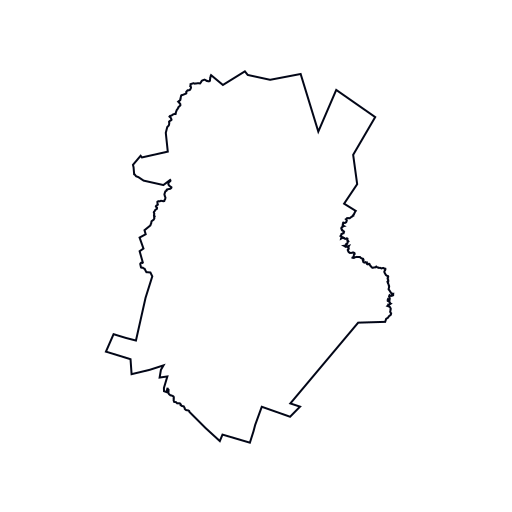 Otáez, Durango, Mexico (Mercator projection), rotated 110°
{"feature_id": "50627088B56377483842725", "entity_name": "Otáez", "entity_type": "district", "adm_level": 2, "iso_a3": "MEX", "parent_name": "Mexico", "parent_adm1": "Durango", "projection": "mercator", "projection_center": [-105.979, 24.71], "detail": "fine", "context": "isolated", "style": "outline", "palette": "ink", "viewbox_px": 512, "rotation_deg": 110, "n_neighbors": 0, "source": "geoboundaries", "source_scale": "gbopen_adm2", "svg_char_len": 6124}
<svg xmlns="http://www.w3.org/2000/svg" viewBox="0 0 512 512"><g transform="rotate(110 256 256)"><path d="M116.9,376.3L117.8,376.0L118.6,375.9L118.5,375.6L120.1,374.6L122.3,374.8L123.1,375.6L123.4,375.9L123.5,376.7L123.8,377.0L125.6,377.7L126.1,377.5L126.5,377.2L126.8,377.1L127.2,377.2L130.1,380.4L130.3,381.0L130.7,381.2L134.3,380.8L134.3,380.6L135.6,380.5L136.7,381.4L137.6,381.9L138.2,380.4L138.7,380.1L138.9,379.4L139.1,379.1L140.2,378.6L140.8,378.8L142.6,379.8L143.4,379.7L143.7,379.9L144.9,380.0L145.8,380.4L148.9,380.4L149.7,380.1L150.1,380.1L150.5,381.3L151.5,382.5L152.4,383.0L153.7,384.4L153.8,384.7L154.6,385.0L154.8,384.7L154.8,384.3L155.2,383.5L156.6,382.1L157.1,382.0L158.0,382.6L158.7,383.3L159.4,383.6L159.8,383.6L160.5,383.0L162.5,382.6L163.4,382.7L165.2,383.5L171.1,382.9L188.1,374.6L202.4,396.9L201.3,398.7L212.4,402.8L214.5,401.4L220.8,398.5L220.7,398.2L222.1,395.9L222.1,393.5L223.6,387.4L221.0,367.3L213.9,362.7L214.1,362.4L214.6,362.1L215.1,362.2L216.6,363.1L217.2,363.2L218.3,363.0L218.9,362.6L219.7,361.4L220.3,359.0L220.5,358.9L221.1,358.9L222.1,359.5L223.9,362.4L224.3,362.6L224.8,362.3L225.2,362.4L226.3,363.3L229.1,363.2L229.8,363.0L230.2,362.5L231.0,362.1L231.9,361.2L232.3,361.0L233.8,360.8L234.8,361.1L235.7,361.0L236.2,361.7L236.6,364.2L237.6,365.2L237.8,366.3L238.0,366.6L238.7,367.2L239.9,366.8L241.3,365.8L242.8,366.9L243.6,367.1L243.8,367.0L244.5,365.5L245.2,365.3L245.7,365.3L247.1,366.4L248.6,366.6L249.5,367.0L250.1,366.9L251.1,366.0L252.7,365.8L253.3,365.5L253.2,365.0L253.5,364.7L254.6,364.9L255.4,364.4L256.3,364.5L256.9,364.6L259.0,366.0L259.5,366.0L261.5,365.6L262.1,365.8L263.4,365.7L269.9,369.6L273.3,367.1L278.5,371.7L287.5,364.3L291.3,367.0L300.9,360.1L301.4,360.4L301.4,361.1L301.6,361.6L302.2,361.9L302.8,362.1L303.2,362.0L306.0,360.2L306.2,359.8L305.7,358.5L306.1,357.3L306.1,356.3L308.0,354.3L308.7,353.4L308.5,352.9L307.6,349.6L310.6,346.5L333.0,345.5L376.5,339.9L377.5,350.3L378.2,363.1L397.2,364.3L395.9,338.6L409.6,332.5L399.2,316.8L390.4,305.5L395.5,306.4L403.2,305.0L399.5,298.1L411.5,297.4L414.5,296.2L414.5,293.6L410.1,294.0L411.2,293.5L411.6,292.4L413.8,291.7L414.7,291.6L415.6,290.4L416.2,288.7L415.9,287.6L416.1,286.8L416.1,285.8L416.4,285.5L416.4,285.3L416.7,285.0L417.7,284.6L418.4,284.6L418.6,284.3L419.9,284.0L421.1,283.0L420.7,281.2L421.4,279.7L420.6,277.6L420.6,276.7L421.3,275.9L421.8,276.0L422.0,275.8L422.0,275.0L422.3,274.4L422.0,272.5L423.3,271.0L424.1,270.6L424.6,269.4L424.7,268.9L424.3,266.8L424.5,265.8L425.3,265.2L434.9,244.6L442.3,226.7L435.3,226.4L433.5,197.9L421.6,198.4L415.0,199.0L395.7,199.0L395.4,169.0L382.5,163.1L382.8,173.3L283.7,137.2L273.7,112.1L270.5,112.2L268.9,110.9L267.2,110.5L265.1,109.2L263.6,109.4L263.1,110.4L262.4,110.9L261.5,110.9L260.5,111.3L259.9,111.2L259.2,111.5L258.0,113.0L258.0,115.4L257.2,115.0L256.4,115.1L256.2,114.2L254.7,113.1L254.6,114.0L254.0,114.2L253.7,114.9L253.0,115.1L253.1,116.3L252.4,116.1L252.0,116.6L252.1,117.2L251.4,117.2L251.7,116.2L251.5,115.5L251.4,115.5L250.1,115.8L248.4,117.2L247.1,117.1L247.4,115.8L247.1,114.9L246.0,113.7L244.7,114.1L245.5,115.1L244.7,115.6L244.8,115.9L244.4,116.6L242.4,119.2L242.2,119.7L241.8,120.1L240.3,120.2L240.1,120.3L239.2,120.4L238.7,120.9L238.3,120.9L237.9,121.4L237.1,121.9L236.6,122.6L236.2,122.9L235.7,122.9L235.7,123.2L235.3,123.7L234.3,123.5L234.0,123.2L233.5,123.6L232.6,123.9L232.5,124.4L231.8,124.8L230.5,124.6L230.1,124.7L229.7,125.1L229.8,126.3L229.4,127.5L227.5,129.7L226.7,130.1L225.8,130.0L225.2,129.8L224.0,129.9L223.7,130.1L224.0,131.3L223.7,131.8L223.7,132.3L223.9,132.7L224.8,133.9L224.6,135.0L225.2,136.7L225.0,137.2L225.2,137.6L225.2,138.3L224.8,139.4L225.9,140.0L226.2,140.9L227.2,142.3L227.2,143.0L226.5,144.2L226.5,144.6L226.2,144.8L225.8,145.6L224.7,146.6L224.6,147.2L225.0,147.6L225.4,147.7L225.7,148.4L225.6,148.9L225.3,149.3L225.0,149.5L224.3,149.5L224.1,149.6L224.5,150.6L224.4,151.1L224.7,151.2L225.2,152.0L224.8,153.3L224.2,153.5L223.8,154.0L223.4,154.2L223.1,153.9L223.3,153.5L223.0,153.5L222.0,154.4L222.1,155.7L221.9,157.1L221.4,157.9L222.5,161.2L223.4,162.6L224.2,163.2L224.4,163.6L224.6,164.1L224.6,164.8L224.4,164.8L224.1,164.4L223.1,164.1L222.6,164.1L221.7,164.4L220.9,164.4L220.4,164.0L219.7,164.3L219.5,164.7L219.4,165.7L219.6,166.3L220.1,166.7L220.7,168.0L221.0,169.0L220.7,169.4L220.8,169.7L220.7,170.2L220.3,170.5L219.9,171.1L219.4,171.3L219.3,171.6L218.9,171.9L217.7,171.6L217.5,171.4L217.3,171.7L216.8,171.7L216.2,172.0L215.3,172.2L214.7,172.1L215.5,173.1L215.6,173.5L215.9,173.6L216.2,173.5L216.1,174.2L216.7,174.7L216.7,175.2L216.4,176.0L216.3,176.8L215.7,175.8L214.8,175.3L213.8,175.3L213.5,174.5L213.2,174.4L212.5,174.6L211.5,174.5L211.0,174.9L210.6,174.3L210.4,174.5L209.9,175.5L209.6,175.5L209.0,175.9L208.4,176.0L208.3,176.5L208.4,176.9L209.2,177.5L209.4,178.7L208.9,179.3L209.2,179.9L208.7,180.8L209.2,181.1L209.6,181.1L210.6,182.0L209.9,182.1L209.2,182.0L208.8,182.2L208.2,182.9L208.2,183.4L207.2,183.2L206.9,183.0L206.1,183.2L205.8,182.7L205.2,182.4L204.7,181.5L203.8,181.7L203.5,181.5L203.1,181.5L202.8,181.9L202.7,182.5L202.5,182.8L202.6,183.3L202.5,183.9L202.3,184.1L201.9,184.0L201.6,184.3L201.2,185.2L200.1,185.4L199.7,185.1L199.4,184.9L199.1,184.9L199.0,184.6L198.6,184.3L198.2,184.2L197.8,183.6L197.7,184.3L197.5,184.5L197.2,185.2L196.4,185.1L196.1,185.3L195.7,185.1L194.8,185.5L194.7,185.4L194.7,184.6L194.5,183.7L193.4,182.8L192.8,182.9L192.4,182.8L191.6,182.8L191.2,183.1L190.7,184.1L190.2,183.7L189.4,183.5L188.8,182.4L188.8,181.8L188.5,180.9L186.3,179.5L186.0,179.1L185.2,178.9L184.9,178.4L184.5,178.6L183.9,178.6L183.5,178.2L183.1,178.3L182.7,178.2L180.4,178.0L179.5,177.7L176.7,191.1L153.9,185.5L127.7,199.3L84.7,191.5L72.5,237.4L117.8,240.0L69.7,276.3L85.6,303.0L88.7,325.7L86.3,329.6L106.6,345.6L101.4,360.1L102.1,360.2L103.0,359.9L103.8,360.1L104.0,359.9L105.9,359.6L106.6,359.3L107.2,359.3L107.6,359.4L108.1,360.4L108.0,360.5L108.2,361.0L108.1,361.7L108.4,362.4L108.0,363.2L107.9,364.7L109.0,366.0L109.8,366.8L110.9,367.1L111.5,367.1L113.0,367.6L113.3,369.1L113.8,370.3L114.3,371.1L114.6,371.9L115.0,372.4L115.0,373.8L116.9,376.3Z" fill="none" stroke="#020617" stroke-width="2"/></g></svg>